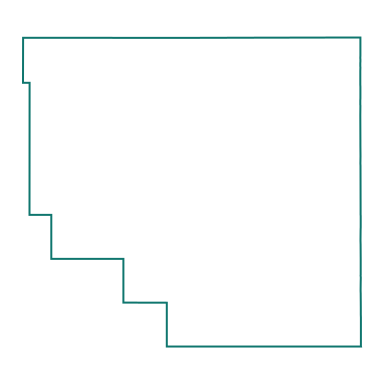 the district of Sheridan, Montana, United States of America
{"feature_id": "52423323B77016721752679", "entity_name": "Sheridan", "entity_type": "district", "adm_level": 2, "iso_a3": "USA", "parent_name": "United States of America", "parent_adm1": "Montana", "projection": "mercator", "projection_center": [-104.195, 48.694], "detail": "fine", "context": "isolated", "style": "outline", "palette": "teal", "viewbox_px": 384, "rotation_deg": 0, "n_neighbors": 0, "source": "geoboundaries", "source_scale": "gbopen_adm2", "svg_char_len": 903}
<svg xmlns="http://www.w3.org/2000/svg" viewBox="0 0 384 384"><path d="M361.0,346.5L360.9,345.9L360.9,335.6L360.9,330.6L360.9,318.0L360.9,317.4L360.8,314.7L360.8,307.4L360.7,293.7L360.6,290.7L360.7,281.7L360.8,277.7L360.6,275.2L360.7,274.9L360.7,270.7L360.7,259.1L360.6,244.5L360.5,240.7L360.6,230.0L360.7,227.3L360.7,226.6L360.7,223.1L360.7,215.7L360.6,215.0L360.6,211.2L360.6,210.5L360.6,208.3L360.6,207.8L360.5,165.8L360.4,163.6L360.5,156.4L360.4,144.8L360.4,140.5L360.3,114.9L360.4,105.6L360.3,104.7L360.3,101.4L360.3,100.5L360.4,98.4L360.4,86.8L360.3,84.7L360.3,82.0L360.3,71.0L360.4,67.6L360.3,66.1L360.3,62.9L360.4,61.8L360.4,59.1L360.3,58.1L360.4,55.7L360.4,54.2L360.4,43.9L360.4,37.5L254.3,37.7L173.5,37.9L81.8,37.8L23.1,37.8L23.0,82.8L29.6,82.8L29.5,214.9L51.3,214.9L51.3,258.9L123.4,258.9L123.4,302.6L166.8,302.7L166.8,346.5L361.0,346.5Z" fill="none" stroke="#0f766e" stroke-width="2"/></svg>